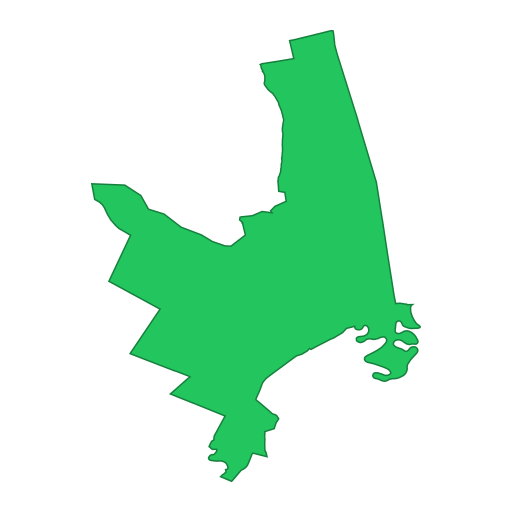 Gradistea, Braila, Romania
{"feature_id": "2599482B92536621414341", "entity_name": "Gradistea", "entity_type": "district", "adm_level": 2, "iso_a3": "ROU", "parent_name": "Romania", "parent_adm1": "Braila", "projection": "natural_earth1", "projection_center": [27.399, 45.269], "detail": "fine", "context": "isolated", "style": "filled", "palette": "green", "viewbox_px": 512, "rotation_deg": 0, "n_neighbors": 0, "source": "geoboundaries", "source_scale": "gbopen_adm2", "svg_char_len": 6052}
<svg xmlns="http://www.w3.org/2000/svg" viewBox="0 0 512 512"><path d="M412.4,304.6L407.3,304.7L406.9,304.3L406.5,304.1L405.9,304.2L399.8,303.2L395.7,303.6L394.1,295.6L387.3,252.5L382.4,220.0L382.2,219.3L377.0,186.3L376.3,182.1L358.4,122.3L357.5,118.9L336.9,53.2L335.5,47.9L334.7,44.7L334.5,42.0L333.5,33.2L333.0,30.8L331.5,30.7L330.6,30.8L293.6,39.9L289.6,40.6L292.2,51.7L293.8,58.6L278.3,61.2L262.1,63.7L260.2,64.5L260.5,64.9L261.0,66.1L261.2,66.6L261.2,66.8L261.1,67.2L261.3,67.9L261.9,69.3L262.6,70.4L262.8,70.8L262.8,71.0L262.7,71.1L262.4,71.3L262.4,71.5L263.1,72.1L263.4,72.4L263.7,73.0L264.4,74.5L264.7,75.7L264.9,77.4L264.8,80.0L264.8,81.0L264.7,81.4L264.3,82.6L264.2,83.0L264.3,83.8L264.5,84.3L264.8,85.1L265.3,85.8L268.3,89.8L269.3,90.7L269.7,91.0L270.5,91.8L272.2,93.0L272.9,93.7L273.9,95.1L274.9,96.4L275.4,97.1L276.0,98.2L277.5,100.9L278.1,101.8L278.5,102.6L278.7,103.1L278.6,103.8L279.1,105.3L279.8,106.8L280.5,108.4L281.1,110.0L281.5,110.8L281.7,111.8L282.2,113.7L282.4,114.2L283.0,117.1L283.5,118.9L283.7,120.3L283.3,122.2L283.2,122.8L282.9,124.5L282.3,128.7L282.4,129.9L282.4,130.8L282.4,131.4L282.7,132.3L282.9,133.7L282.9,135.1L282.8,135.9L282.8,136.9L282.4,139.8L282.5,140.9L282.4,142.0L282.3,144.7L282.5,148.5L282.5,149.1L282.5,149.8L282.5,151.0L282.2,154.5L282.0,156.8L281.8,157.3L281.7,158.0L281.7,159.0L281.8,159.5L281.9,160.1L282.0,161.1L281.9,161.7L281.4,163.5L281.3,164.4L281.2,165.8L281.3,166.2L281.2,166.9L281.3,167.2L280.8,169.1L280.6,171.9L280.4,172.5L279.8,174.1L279.5,175.2L279.1,176.1L278.4,177.3L278.3,177.7L278.3,178.5L278.3,179.4L278.2,179.8L277.9,180.7L278.4,186.5L278.7,191.3L283.1,192.1L284.8,192.2L286.2,201.3L275.0,206.3L270.6,210.8L272.0,212.8L262.1,211.5L252.4,215.7L241.2,216.9L240.1,217.1L239.6,219.9L242.7,222.7L242.2,223.1L242.6,223.5L245.4,235.0L230.9,246.2L224.9,245.9L212.3,241.5L201.4,234.9L181.1,227.2L164.1,214.1L148.5,209.2L140.8,195.5L124.8,185.1L91.8,183.8L94.7,199.4L99.3,202.0L102.4,204.7L104.2,207.4L107.5,214.4L110.9,220.0L115.5,225.3L119.1,228.6L124.2,231.5L129.4,234.6L130.6,235.2L108.9,281.3L160.1,309.1L130.1,353.6L143.1,358.7L175.0,371.0L175.5,371.0L183.0,373.9L188.7,376.1L190.0,376.9L187.3,379.0L170.4,394.0L181.6,398.5L204.2,407.5L225.1,416.0L214.2,436.0L213.9,438.7L213.9,439.9L211.9,441.1L211.1,442.2L210.0,444.4L209.7,445.6L209.1,446.2L209.2,446.8L210.1,447.3L210.7,448.1L212.3,449.4L213.2,449.4L215.0,449.3L216.6,449.3L216.9,449.9L216.6,451.1L215.8,452.5L214.3,454.2L213.6,454.5L211.6,454.7L210.2,455.3L209.1,456.7L208.5,458.1L209.0,459.4L209.9,460.1L211.5,460.5L215.4,461.0L217.5,461.1L220.0,460.9L222.0,461.1L223.7,461.7L225.1,462.4L226.2,463.4L227.0,464.9L227.8,466.5L227.9,467.5L227.8,468.7L227.0,469.3L225.6,469.6L226.0,471.9L224.3,473.6L222.2,475.0L220.6,476.7L231.6,481.3L232.5,480.4L241.2,470.2L242.0,469.8L243.3,469.2L245.6,467.5L246.6,466.4L247.6,464.9L248.9,462.1L252.1,453.9L252.8,453.3L253.2,453.2L267.0,456.7L266.2,453.0L264.9,450.1L264.8,446.9L264.7,444.0L264.9,439.1L264.6,436.6L264.9,433.6L264.8,431.6L274.3,428.6L274.4,427.9L275.8,423.6L276.0,423.1L278.7,418.7L277.0,416.1L276.7,415.6L275.1,414.6L273.5,414.2L272.2,413.7L270.2,411.8L267.5,409.5L259.3,402.5L256.4,400.2L255.9,399.4L256.0,398.8L259.9,390.1L262.1,384.0L262.9,382.4L263.7,381.3L265.4,379.2L267.2,377.5L276.9,370.3L289.3,361.1L295.5,356.6L296.7,355.8L301.8,354.2L307.0,351.1L308.3,349.9L309.5,348.5L311.1,349.4L315.8,346.8L331.4,338.8L332.9,338.4L342.5,332.7L346.5,328.4L354.8,326.3L354.8,327.0L354.9,327.9L355.5,328.9L356.8,329.5L358.1,329.8L359.5,329.8L361.0,329.4L362.4,328.2L363.4,326.4L364.6,325.4L365.5,325.4L367.0,326.0L367.8,326.9L368.5,328.3L368.8,330.2L368.4,332.3L367.0,334.4L364.6,335.8L362.4,336.3L358.6,336.7L357.2,337.3L356.3,338.3L356.6,340.8L358.2,341.9L360.2,342.6L362.2,342.2L364.3,341.2L366.1,339.6L367.5,339.1L370.0,338.7L372.2,339.3L374.5,339.4L378.5,338.4L380.2,337.5L382.0,337.1L383.6,336.9L384.7,337.1L385.5,337.8L386.6,339.3L386.7,340.6L386.3,341.9L385.8,342.8L384.8,344.0L382.5,346.5L381.1,347.7L377.7,350.0L375.0,351.6L370.5,353.9L367.6,355.3L365.4,356.7L364.6,357.9L364.5,359.5L365.3,360.9L366.3,361.7L368.0,362.4L373.9,363.8L376.6,364.7L384.1,367.3L387.3,368.8L388.5,369.5L389.6,370.6L390.7,372.1L390.6,373.6L389.1,374.8L386.9,375.4L384.8,375.3L382.7,374.4L381.0,373.8L377.4,372.8L375.7,372.8L374.8,372.9L374.0,373.2L373.1,374.4L372.8,375.2L372.9,376.3L373.3,377.0L373.9,377.8L375.4,378.5L376.5,378.6L379.0,379.4L381.6,380.6L383.1,381.0L384.2,381.2L385.4,381.1L386.4,380.9L388.1,380.1L389.1,379.5L390.2,379.2L392.1,378.7L394.4,378.7L396.3,378.5L399.3,377.6L401.1,376.7L402.5,376.0L403.9,375.1L405.4,373.6L406.5,371.7L407.0,370.1L407.2,368.9L407.1,367.3L407.2,365.8L407.7,364.2L410.5,359.9L415.9,354.0L417.0,352.7L417.4,351.9L417.8,351.0L417.8,350.3L417.6,349.3L417.0,348.3L415.6,347.1L414.4,346.8L413.1,346.8L411.8,347.0L410.4,347.7L409.4,348.9L408.4,350.2L407.5,350.9L406.4,351.3L405.0,351.2L403.9,350.3L402.5,349.5L401.0,348.8L398.3,347.9L396.0,347.0L395.0,346.3L394.3,345.8L393.5,344.8L393.4,343.3L393.7,342.5L394.0,341.7L394.8,341.0L395.5,340.4L396.3,340.1L397.6,339.9L398.3,339.8L399.4,339.9L401.5,340.5L403.2,341.6L404.1,342.3L405.7,343.4L406.6,343.9L408.5,344.4L409.5,344.5L410.7,344.3L411.9,344.0L413.6,344.0L414.4,344.1L415.8,344.1L416.6,343.9L417.0,343.6L417.5,343.0L417.7,342.5L418.0,341.8L417.9,340.8L417.5,339.9L415.9,336.9L415.2,335.9L413.8,334.3L412.4,333.1L411.5,332.4L409.3,331.3L408.1,331.0L406.5,330.8L405.1,331.0L404.2,331.2L401.6,332.6L399.9,333.4L398.8,333.5L397.5,333.5L396.7,333.2L396.0,332.7L395.4,332.0L395.1,331.2L395.2,329.2L395.5,327.9L395.5,326.5L395.7,325.4L395.8,323.9L396.1,322.7L396.7,322.0L397.5,321.2L398.5,320.9L399.4,320.9L400.4,321.3L401.3,322.2L402.1,323.8L402.6,325.1L403.5,326.0L404.3,326.5L408.3,328.0L410.3,328.4L412.0,328.5L415.0,328.3L417.1,328.3L418.9,328.0L419.8,327.5L420.2,326.9L420.0,326.3L419.0,325.4L416.7,323.9L414.6,321.0L413.3,318.7L412.1,316.2L411.2,313.4L410.9,312.3L410.6,310.5L410.6,309.4L410.6,307.3L410.7,306.8L411.2,305.8L411.7,305.1L412.4,304.6Z" fill="#22c55e" stroke="#15803d" stroke-width="1.5"/></svg>